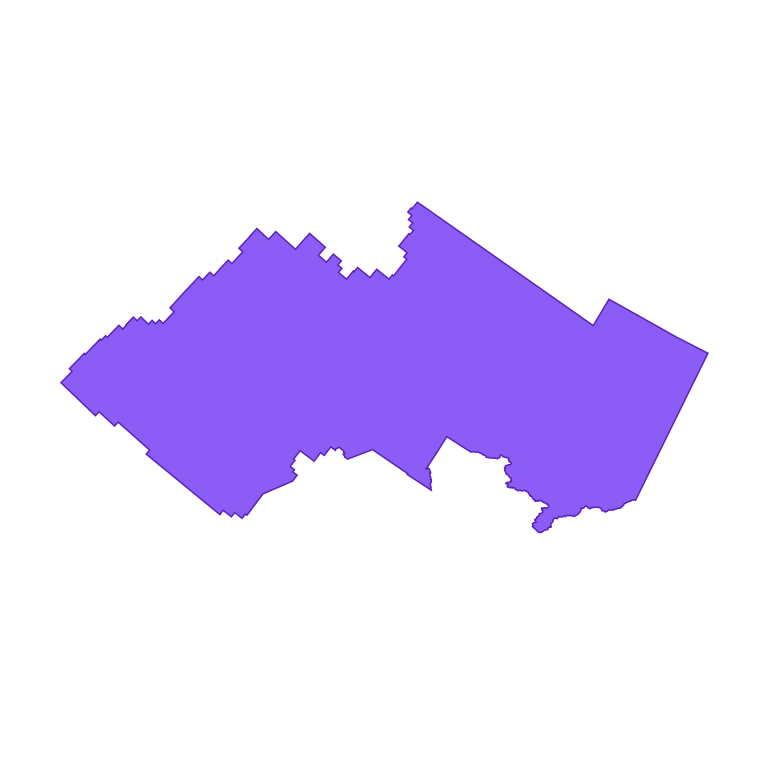 Yukon-Koyukuk, Alaska, United States of America, rotated 32°
{"feature_id": "52423323B20923510604078", "entity_name": "Yukon-Koyukuk", "entity_type": "district", "adm_level": 2, "iso_a3": "USA", "parent_name": "United States of America", "parent_adm1": "Alaska", "projection": "orthographic", "projection_center": [-147.261, 65.223], "detail": "fine", "context": "isolated", "style": "filled", "palette": "violet", "viewbox_px": 768, "rotation_deg": 32, "n_neighbors": 0, "source": "geoboundaries", "source_scale": "gbopen_adm2", "svg_char_len": 6146}
<svg xmlns="http://www.w3.org/2000/svg" viewBox="0 0 768 768"><g transform="rotate(32 384 384)"><path d="M585.4,426.1L586.6,426.5L589.1,426.8L590.2,427.1L590.9,427.1L591.5,427.5L592.1,427.4L593.4,427.8L594.0,427.7L595.3,427.2L595.5,426.8L595.7,426.6L596.0,426.5L597.1,424.3L597.5,423.1L598.6,421.9L599.7,421.1L600.0,419.9L599.4,419.7L599.4,419.1L599.4,418.6L599.9,417.9L601.1,417.4L601.5,417.0L601.4,416.4L601.1,416.0L600.1,415.3L599.7,414.3L599.9,412.3L600.2,411.0L599.1,408.5L599.1,408.0L599.6,407.8L600.5,406.8L601.2,406.9L602.1,406.4L601.8,406.0L602.1,405.7L602.4,405.7L602.6,405.2L602.5,404.6L603.0,403.8L602.7,403.4L603.3,403.1L604.5,403.0L605.8,402.1L606.3,400.7L607.0,400.2L607.4,400.1L607.8,400.5L608.1,399.8L608.9,398.8L609.2,398.2L610.6,397.7L611.0,397.0L611.4,396.8L611.9,396.8L612.7,396.6L613.4,395.8L614.6,395.8L615.6,395.4L616.1,394.1L617.2,392.5L617.3,391.9L617.7,391.2L617.5,390.5L617.8,389.9L618.1,389.5L617.9,388.4L617.9,387.5L617.9,387.0L617.8,386.4L617.8,385.8L617.2,385.4L616.9,385.3L616.8,385.0L617.1,384.8L617.9,384.5L618.5,384.0L619.1,383.3L619.2,382.3L619.4,381.3L620.0,380.7L621.2,380.2L622.1,380.7L623.2,381.0L624.2,380.9L624.9,380.2L625.3,379.4L625.5,378.7L626.5,378.4L627.1,377.6L627.9,376.9L628.9,376.2L630.2,375.7L631.2,375.1L631.3,374.9L631.9,374.7L633.0,374.5L634.4,374.9L636.0,375.9L637.2,375.6L638.1,374.9L638.7,374.8L639.4,375.4L640.2,374.3L640.8,373.6L641.0,372.7L641.4,371.4L642.3,371.3L643.5,370.3L644.6,370.1L645.2,368.9L645.9,368.5L646.6,367.1L647.2,366.9L647.7,366.4L647.8,365.8L649.8,364.4L650.6,363.3L650.4,361.9L651.0,361.0L651.4,359.7L651.1,358.2L651.6,357.6L652.4,356.3L653.0,355.4L653.4,354.6L654.0,353.7L654.9,353.2L655.4,352.2L655.8,351.7L656.2,350.9L656.6,350.3L657.1,350.1L657.8,349.7L658.9,349.2L642.4,186.3L608.0,189.2L529.9,192.9L530.5,223.6L316.0,212.1L314.9,220.5L313.8,220.3L313.1,225.6L318.3,226.3L317.6,231.6L322.9,232.2L322.2,237.5L327.5,238.2L326.8,243.4L325.5,243.3L323.5,259.2L334.1,260.4L333.5,265.7L337.2,266.1L334.8,287.3L333.3,287.1L332.7,292.4L317.0,290.6L315.7,301.2L299.9,299.2L299.2,304.5L298.1,304.3L296.7,314.9L286.3,313.5L287.0,308.2L281.8,307.5L282.6,302.2L272.2,300.7L270.6,311.2L260.1,309.6L261.8,299.1L241.1,295.7L237.5,316.7L211.4,312.1L209.5,322.6L193.9,319.5L191.8,330.0L192.1,330.1L189.0,345.8L194.2,346.8L193.2,352.0L191.3,362.5L186.2,361.5L184.1,372.0L182.3,382.5L177.1,381.5L175.0,391.9L170.2,391.0L166.0,411.9L162.2,432.9L167.7,434.0L164.6,449.7L159.4,448.7L158.3,453.9L153.6,452.9L152.5,458.1L142.2,456.0L141.1,461.2L136.0,460.1L133.8,470.5L134.4,470.6L133.3,475.9L128.1,474.7L124.6,491.1L122.3,490.6L121.0,496.7L119.5,496.3L115.0,517.2L113.6,516.9L109.1,537.7L112.8,538.5L109.4,554.1L156.1,563.8L157.1,558.5L177.8,562.4L178.8,557.2L220.3,564.2L219.5,569.5L314.0,581.7L314.5,576.4L325.0,577.5L325.5,572.2L334.8,573.1L335.3,567.8L337.3,567.9L339.6,541.3L358.0,514.7L358.6,507.3L353.3,506.9L353.5,504.2L348.2,503.7L348.9,495.8L347.2,495.6L348.2,485.0L365.7,486.5L366.5,475.8L371.2,476.2L372.2,465.6L378.1,466.0L377.4,464.6L378.4,463.3L379.4,461.6L379.9,461.4L381.1,461.8L385.5,462.1L385.5,463.0L386.1,463.3L387.5,463.7L386.6,465.2L388.8,466.1L389.5,466.8L392.9,467.0L409.0,445.7L451.5,447.5L451.5,448.4L480.4,449.0L479.8,448.3L478.8,447.8L478.9,446.9L477.0,445.4L477.0,444.9L475.8,443.3L476.1,442.5L475.6,441.2L474.6,439.8L473.9,440.0L473.1,438.5L472.5,437.9L471.1,437.3L470.7,435.4L470.1,435.1L470.6,434.6L469.8,433.7L467.8,432.5L467.3,431.9L466.6,432.3L466.1,432.0L464.7,433.8L464.3,433.5L464.7,433.1L465.1,416.7L465.2,395.4L493.6,395.7L494.0,395.5L494.8,394.9L495.2,394.4L496.0,393.9L496.5,393.8L497.1,393.4L497.8,393.2L498.6,392.6L499.1,392.5L499.4,392.0L500.0,391.7L502.4,391.6L503.3,391.3L503.8,391.1L505.5,391.6L505.9,391.3L506.7,391.3L507.1,391.1L508.6,391.3L509.6,392.0L510.2,392.0L510.6,391.4L511.1,391.1L512.0,390.9L512.5,390.8L513.5,390.3L514.1,389.8L515.3,389.4L516.3,388.6L517.5,388.1L517.8,387.7L519.2,387.5L519.9,387.0L520.2,386.5L520.3,385.9L520.7,385.6L521.2,385.0L520.7,383.9L520.3,383.1L520.2,382.5L521.0,382.0L521.8,381.8L522.7,382.2L522.9,382.7L523.8,382.5L524.3,382.1L524.9,382.0L525.5,382.1L526.6,381.4L527.5,381.4L528.1,380.9L528.6,380.5L529.3,380.8L529.6,382.3L530.4,382.6L530.8,383.2L531.3,383.6L531.8,383.5L532.5,383.5L533.9,383.3L534.2,383.6L534.3,384.4L533.9,385.0L533.4,386.3L532.9,386.2L532.5,386.4L530.9,388.4L530.4,388.9L530.4,389.6L530.8,389.7L531.0,390.0L531.1,390.9L530.7,391.3L532.0,392.3L531.8,392.8L532.3,393.5L532.8,393.6L533.3,394.1L534.2,394.4L534.6,394.9L535.0,395.3L535.7,395.7L536.5,395.6L537.3,395.1L537.8,395.4L538.4,396.0L539.3,396.4L539.9,396.5L540.6,396.8L541.3,396.8L541.8,396.7L542.2,396.8L542.6,397.9L542.5,398.4L543.5,398.9L543.7,399.5L543.3,399.8L542.6,400.2L542.6,400.7L542.2,401.3L541.5,401.7L540.8,401.9L540.4,402.4L540.1,403.0L539.9,403.6L540.3,403.9L541.6,403.4L542.2,403.7L542.5,404.1L542.5,404.6L542.8,404.7L543.1,405.9L545.2,405.3L546.4,405.1L546.9,403.9L547.7,404.1L548.3,404.0L548.7,403.6L549.0,403.0L549.5,402.9L550.2,403.0L550.8,403.7L551.2,403.8L552.2,403.5L553.0,403.7L554.7,403.2L555.1,402.6L555.8,401.8L557.4,401.8L558.5,400.7L559.7,400.0L560.0,399.5L560.7,399.2L561.5,399.8L562.1,399.8L562.4,399.3L563.1,399.1L564.3,400.1L564.8,400.1L566.2,401.0L567.3,401.5L567.6,400.8L568.3,400.9L568.7,401.3L569.6,401.5L571.9,402.8L572.2,402.8L572.4,402.4L573.0,402.1L573.5,402.3L574.1,403.3L574.7,403.2L575.1,402.5L577.3,401.4L577.4,400.7L577.3,400.3L577.5,400.0L578.8,399.9L579.5,399.6L579.9,399.8L581.1,399.5L582.0,400.0L582.4,399.9L582.5,399.4L583.7,399.6L584.6,399.4L585.3,399.7L585.8,399.7L586.0,399.2L586.6,399.1L586.8,399.4L588.2,400.1L588.6,400.6L588.6,401.3L588.3,402.0L588.1,402.4L587.2,403.4L586.5,403.4L585.1,404.4L584.8,405.4L584.1,405.3L583.6,405.4L583.8,406.2L584.2,406.9L584.6,407.0L585.0,407.5L586.2,407.9L586.6,408.7L586.3,409.8L585.9,410.4L585.3,410.7L585.1,411.1L584.4,411.7L584.4,412.0L584.9,412.3L585.2,412.8L584.8,413.8L584.7,415.2L584.2,415.7L584.3,416.2L584.7,416.9L584.5,417.9L584.2,418.2L583.7,418.9L583.8,419.5L586.1,420.4L586.2,420.8L584.4,422.3L584.1,424.1L585.4,424.6L585.7,425.0L585.4,425.5L585.4,426.1Z" fill="#8b5cf6" stroke="#5b21b6" stroke-width="1.5"/></g></svg>